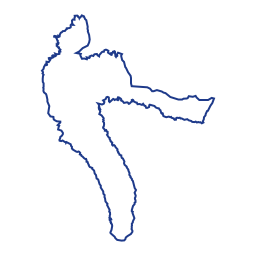 Likila, Butha-Buthe, Lesotho (Albers equal-area conic projection)
{"feature_id": "5366337B33433866284044", "entity_name": "Likila", "entity_type": "district", "adm_level": 2, "iso_a3": "LSO", "parent_name": "Lesotho", "parent_adm1": "Butha-Buthe", "projection": "albers", "projection_center": [28.423, -28.762], "detail": "fine", "context": "isolated", "style": "outline", "palette": "blue", "viewbox_px": 256, "rotation_deg": 0, "n_neighbors": 0, "source": "geoboundaries", "source_scale": "gbopen_adm2", "svg_char_len": 5695}
<svg xmlns="http://www.w3.org/2000/svg" viewBox="0 0 256 256"><path d="M125.3,239.3L125.8,237.5L127.5,236.1L130.9,234.0L132.4,231.8L132.4,230.7L131.5,229.0L131.8,228.2L131.7,226.1L132.0,225.5L131.8,223.8L132.8,222.4L132.8,221.5L134.4,218.2L132.4,212.7L132.8,211.8L131.8,211.2L131.8,210.1L133.0,206.0L134.6,204.1L134.6,202.7L135.5,202.1L135.5,200.2L135.0,199.2L134.9,198.0L135.5,196.9L135.7,195.5L134.6,192.8L136.0,190.0L134.7,188.1L132.9,181.0L131.9,179.8L131.9,178.9L130.4,177.2L130.6,176.5L129.3,174.8L129.5,173.1L128.4,170.6L128.3,169.6L126.7,167.4L126.7,166.6L124.6,164.8L124.0,163.1L124.4,161.5L122.9,158.5L121.8,157.9L121.3,156.4L121.3,155.4L119.4,154.7L119.2,153.5L118.1,152.6L118.2,151.7L117.3,150.6L117.5,149.3L115.5,147.1L115.0,145.9L113.9,145.0L112.9,145.6L112.1,144.8L112.0,143.6L112.3,142.8L111.2,141.5L110.8,141.6L110.5,141.2L110.3,140.1L109.7,139.3L109.7,137.8L108.8,137.5L107.0,134.8L107.7,133.9L107.6,131.8L106.8,131.5L106.2,130.1L105.8,130.2L105.9,130.8L104.9,130.7L105.0,129.9L103.2,128.0L103.1,127.2L103.7,126.6L104.1,124.5L104.0,122.7L103.1,121.5L103.7,120.5L103.1,119.6L103.7,118.8L103.6,118.1L101.6,115.4L99.3,114.1L100.3,111.2L99.0,109.1L98.9,108.5L99.9,108.7L99.6,108.1L98.9,107.8L98.9,106.9L99.3,106.8L98.7,104.4L98.0,103.5L102.0,104.5L103.8,103.7L104.4,102.0L103.1,100.4L105.6,99.2L106.5,97.2L107.7,96.9L108.8,97.5L109.0,101.4L109.7,102.1L113.2,98.9L113.8,99.1L114.6,100.0L116.0,99.3L118.0,100.2L118.6,99.7L117.6,98.3L118.0,97.3L118.8,97.4L120.8,98.7L121.3,99.4L121.1,100.5L122.7,101.3L124.0,102.9L127.1,102.3L128.0,102.7L128.7,103.8L129.4,103.7L131.3,101.8L131.9,101.6L131.8,100.0L132.6,99.7L133.2,100.1L133.9,101.5L135.8,102.5L136.8,102.6L137.5,104.2L139.5,104.0L142.0,104.9L143.1,103.8L144.5,105.8L145.4,105.9L146.2,107.9L147.3,107.9L149.1,107.0L149.3,105.1L149.8,104.7L154.5,106.0L155.7,107.4L157.5,108.2L158.8,108.3L159.8,109.9L160.4,110.2L161.3,113.1L162.6,113.2L162.8,113.6L162.4,114.1L163.1,114.9L163.4,116.1L165.4,116.9L166.3,117.2L168.8,116.6L170.3,117.2L171.1,116.9L171.7,117.8L173.9,118.5L174.1,119.3L174.6,119.8L175.9,119.7L176.2,118.1L177.0,117.7L178.3,118.0L179.8,117.7L180.5,118.5L181.6,118.4L184.3,119.8L187.3,119.2L188.7,120.3L191.3,121.0L192.2,121.9L194.6,122.1L195.7,121.6L196.9,122.5L198.2,122.0L199.2,122.4L200.3,122.2L201.8,123.3L203.4,122.5L202.8,121.4L203.8,119.3L204.0,117.2L205.5,115.4L205.7,114.0L207.1,111.0L207.9,110.8L210.5,105.6L212.3,103.1L214.0,98.5L211.7,97.9L208.1,100.0L199.3,100.0L196.5,97.4L195.6,95.9L192.8,96.8L188.8,96.2L187.7,98.1L186.8,98.5L183.5,98.7L182.2,99.5L178.3,99.5L170.3,97.0L165.5,93.1L163.5,92.6L161.8,91.5L156.9,90.1L153.6,91.2L152.1,91.2L150.1,88.7L147.3,87.3L131.7,86.2L131.0,83.3L131.0,78.0L130.6,75.8L128.1,72.3L126.0,67.9L125.3,67.1L124.0,61.9L122.2,60.1L121.2,56.2L121.2,55.5L122.0,54.1L118.0,52.7L116.9,54.5L117.3,55.8L117.0,56.1L116.5,56.0L116.0,56.9L115.3,55.9L115.6,55.0L115.1,54.0L115.0,51.8L114.5,51.2L113.0,51.7L113.1,52.7L111.3,53.1L111.8,54.3L111.7,54.8L111.3,54.9L108.0,52.6L108.4,50.8L106.5,49.8L105.7,49.7L104.4,50.2L103.8,51.8L102.5,51.7L101.7,52.3L99.2,55.2L99.1,56.3L97.6,55.4L96.9,54.0L94.9,54.2L94.3,54.4L93.3,56.0L91.7,55.5L89.6,56.4L89.8,57.5L89.2,58.0L86.8,57.4L87.2,58.6L86.9,59.3L84.2,58.5L82.0,58.8L80.5,55.8L80.3,55.0L80.8,53.9L76.3,53.0L79.2,51.5L82.7,48.1L87.7,45.6L89.1,42.5L89.7,39.5L89.1,34.9L87.8,31.4L88.0,30.6L87.5,28.7L87.7,26.8L86.3,20.2L85.1,19.1L84.0,16.5L83.5,16.6L83.4,16.1L81.8,15.4L80.3,17.5L79.6,17.4L79.3,18.1L79.0,17.3L78.0,16.8L78.0,16.2L77.3,15.6L74.7,15.8L74.9,17.1L74.5,17.7L74.5,19.7L72.9,19.5L72.0,20.5L72.2,23.6L73.4,24.9L72.6,24.9L72.2,24.2L71.6,24.1L70.6,25.2L70.8,26.9L70.5,27.5L69.2,28.1L66.8,28.3L66.8,29.1L66.1,29.4L65.0,30.9L62.7,31.2L61.9,32.2L60.8,32.7L59.8,34.6L59.6,36.5L59.2,36.7L58.2,35.9L58.0,37.1L57.5,37.2L57.0,37.1L56.7,36.3L54.6,35.9L54.1,36.2L54.2,36.6L54.8,36.3L55.6,37.5L56.5,37.7L57.0,39.8L57.8,40.7L57.6,42.0L58.3,42.6L57.9,43.1L58.4,43.5L58.2,44.1L57.1,45.0L56.7,44.7L56.7,45.6L57.2,45.6L57.1,46.2L57.7,46.9L59.0,47.4L58.8,48.4L60.4,49.6L60.0,50.3L60.3,51.3L59.0,51.3L59.1,52.4L59.6,52.8L59.4,53.9L56.9,54.3L55.3,53.7L56.0,55.3L55.6,56.1L54.7,56.4L53.8,55.3L52.6,55.4L52.2,55.9L53.2,56.2L53.4,57.1L52.8,57.6L51.0,58.2L49.7,57.9L48.8,58.1L48.9,58.9L50.0,59.0L50.4,59.6L48.7,62.1L46.5,61.7L46.4,62.8L47.1,64.4L46.9,65.0L46.4,65.1L46.1,64.1L45.4,64.4L43.9,67.1L43.6,68.8L42.0,70.7L42.8,71.6L43.0,72.6L42.5,73.5L43.6,74.8L43.0,75.8L42.7,79.0L42.8,81.9L43.6,83.3L43.6,87.0L43.2,87.7L43.6,88.7L43.4,90.9L44.0,92.4L46.0,94.0L46.5,95.3L47.4,99.5L47.4,101.6L49.3,106.1L48.2,113.2L50.4,116.4L53.4,116.9L53.7,119.3L54.4,120.0L56.8,121.3L60.3,121.6L60.3,122.5L57.7,125.1L59.2,125.8L58.7,126.8L58.1,129.5L61.4,130.6L62.9,132.9L62.9,134.0L62.0,135.6L60.3,137.0L60.1,138.5L59.4,139.9L59.6,140.7L61.2,141.1L62.6,140.5L64.9,142.0L65.8,142.1L66.0,142.8L66.5,142.1L70.7,144.3L71.1,146.0L71.9,146.7L71.9,148.5L72.5,148.9L72.6,149.4L76.4,151.7L77.5,151.9L78.6,151.5L79.3,151.9L80.2,152.9L79.8,154.4L81.2,154.9L81.4,155.8L82.6,156.6L84.1,158.2L85.5,159.1L86.1,159.0L86.6,160.4L86.5,161.7L87.7,162.1L88.0,163.5L88.8,164.8L88.8,165.5L89.8,167.0L92.2,167.9L92.1,168.7L94.1,170.6L94.7,173.5L96.0,175.1L96.6,178.5L98.2,179.5L99.5,184.0L100.8,185.7L100.7,187.5L103.2,191.4L103.4,193.8L104.6,195.0L104.5,197.2L105.0,198.2L105.5,201.5L107.5,203.9L107.1,205.0L109.6,209.9L109.2,211.7L110.0,212.4L110.1,214.6L109.7,215.7L109.8,217.1L109.4,217.6L109.7,218.3L110.9,218.6L111.1,219.1L109.6,219.0L109.6,219.5L109.7,220.1L110.5,220.5L110.7,221.2L110.4,221.9L111.1,222.5L111.0,223.4L111.9,224.2L112.2,225.9L111.5,229.9L110.4,232.4L110.6,233.2L114.7,236.8L115.3,238.1L117.2,239.9L121.6,240.6L124.2,240.4L125.3,239.3Z" fill="none" stroke="#1e3a8a" stroke-width="2"/></svg>